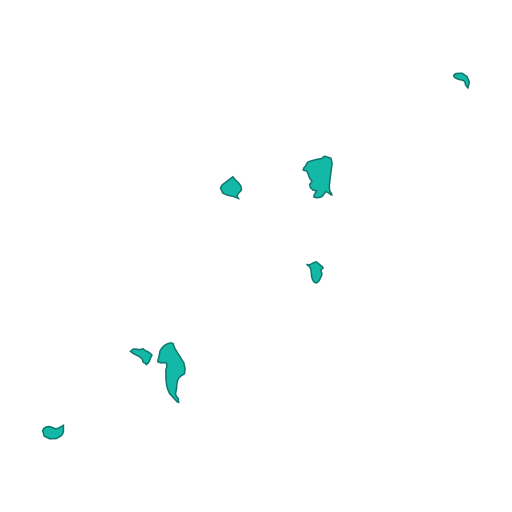 outline of Marquesas Islands, rotated 88°
{"feature_id": "PYF-4967", "entity_name": "Marquesas Islands", "entity_type": "state/province", "adm_level": 1, "iso_a3": "PYF", "parent_name": "French Polynesia", "parent_adm1": "", "projection": "albers", "projection_center": [-139.551, -9.25], "detail": "fine", "context": "isolated", "style": "filled", "palette": "teal", "viewbox_px": 512, "rotation_deg": 88, "n_neighbors": 0, "source": "natural_earth", "source_scale": "10m", "svg_char_len": 2068}
<svg xmlns="http://www.w3.org/2000/svg" viewBox="0 0 512 512"><g transform="rotate(88 256 256)"><path d="M395.9,338.7L399.6,338.4L398.9,340.0L390.4,347.2L386.6,348.7L382.6,349.7L376.1,350.3L367.1,350.1L365.2,349.6L364.3,349.1L362.4,349.0L360.4,349.2L359.5,349.6L359.5,354.9L358.4,357.7L356.8,357.8L354.5,356.8L347.7,355.3L344.8,353.4L342.6,351.1L341.3,349.1L340.4,346.9L339.9,344.2L340.5,342.0L345.7,340.3L360.2,331.9L366.2,330.8L371.3,331.6L373.3,335.2L375.2,337.4L378.2,338.9L381.8,339.7L385.2,339.9L389.2,340.9L390.9,341.1L392.7,340.8L394.0,340.0L394.9,339.2L395.9,338.7ZM194.0,183.8L198.6,187.7L199.6,189.8L199.9,193.5L199.1,196.1L197.1,195.8L193.0,193.1L192.2,196.7L189.5,199.3L186.3,199.9L183.9,197.7L182.7,197.7L180.6,199.5L174.0,201.7L172.5,203.0L171.8,205.8L169.9,205.3L167.8,203.4L164.3,201.3L163.2,198.9L161.4,191.2L161.0,187.9L160.7,186.4L159.1,185.1L158.7,183.8L160.9,177.7L166.1,176.7L187.3,180.2L192.4,180.2L193.7,179.9L196.0,178.5L197.6,178.0L197.6,178.8L197.3,179.2L196.9,179.6L195.7,181.0L194.0,183.8ZM189.6,268.2L193.4,272.0L195.5,272.8L197.8,271.6L195.6,276.7L194.2,282.5L191.9,287.1L186.9,289.1L183.9,287.5L176.0,276.4L179.2,274.0L182.2,271.0L185.5,268.7L189.6,268.2ZM418.5,454.4L424.1,454.5L426.5,455.2L428.8,456.8L431.5,462.0L431.5,468.6L428.7,473.9L423.0,475.3L420.7,473.9L419.4,471.2L419.2,468.1L421.7,462.3L421.3,459.7L418.5,454.4ZM283.2,194.0L285.1,196.5L284.2,198.7L281.7,200.3L278.7,201.1L271.3,201.6L268.4,202.9L266.1,205.8L266.8,203.3L265.9,200.9L264.6,198.5L263.9,195.9L269.5,189.6L270.7,189.6L271.9,191.4L273.2,191.6L275.9,190.7L277.8,191.1L283.2,194.0ZM355.0,365.3L357.2,366.1L359.4,367.7L360.7,369.2L360.1,369.9L359.5,370.2L359.1,370.9L358.7,371.7L358.4,372.2L357.6,372.7L355.9,373.0L355.0,373.4L352.7,375.8L349.0,382.3L346.9,384.8L344.7,381.9L344.9,378.7L345.6,375.4L344.7,372.2L346.4,370.2L348.6,366.2L351.4,363.4L355.0,365.3ZM86.4,47.7L85.3,50.0L83.8,51.8L82.2,52.1L80.6,49.9L80.5,43.7L84.0,38.9L89.6,36.7L95.4,38.3L93.0,40.2L92.1,40.6L89.2,41.2L87.8,42.6L86.4,47.7Z" fill="#14b8a6" stroke="#0f766e" stroke-width="1.5"/></g></svg>